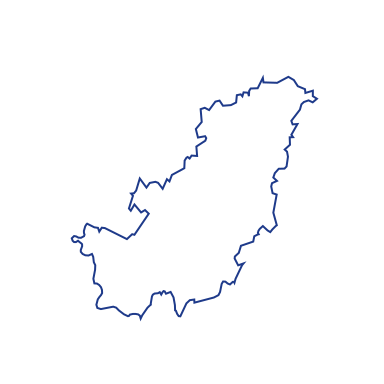 SVG path tracing the border of Liege, rotated 114°
{"feature_id": "BEL-3481", "entity_name": "Liege", "entity_type": "Province", "adm_level": 1, "iso_a3": "BEL", "parent_name": "Belgium", "parent_adm1": "", "projection": "natural_earth1", "projection_center": [5.813, 50.464], "detail": "fine", "context": "isolated", "style": "outline", "palette": "blue", "viewbox_px": 384, "rotation_deg": 114, "n_neighbors": 0, "source": "natural_earth", "source_scale": "10m", "svg_char_len": 2725}
<svg xmlns="http://www.w3.org/2000/svg" viewBox="0 0 384 384"><g transform="rotate(114 192 192)"><path d="M266.9,275.6L264.5,275.3L263.6,274.9L264.0,266.8L263.8,266.2L263.0,263.3L265.9,260.6L261.3,259.9L260.4,256.9L261.5,232.3L254.9,229.5L254.5,227.2L229.4,222.7L227.6,227.6L231.4,230.2L226.8,239.5L234.0,240.3L232.7,242.9L219.5,244.4L218.2,247.0L216.8,244.5L213.4,243.6L200.9,245.2L206.5,235.4L200.9,234.3L197.6,229.6L197.4,226.7L201.0,220.1L190.5,220.1L191.5,216.9L184.6,217.3L173.4,208.7L166.3,211.5L162.9,211.0L161.8,210.2L162.4,207.8L158.9,207.2L157.0,202.0L148.7,206.5L139.7,200.7L137.0,200.9L135.7,202.7L139.8,208.7L132.9,214.1L124.1,211.6L112.8,217.8L109.9,214.6L110.2,209.7L99.9,207.4L97.3,204.0L100.6,198.8L96.8,191.8L92.3,188.1L85.3,190.4L83.0,187.2L84.1,184.9L80.0,185.4L78.5,181.2L81.3,179.0L76.4,180.9L73.6,180.5L70.5,174.2L58.9,173.7L62.8,171.3L57.6,158.6L47.6,150.8L48.3,144.5L52.3,138.4L52.1,130.6L55.4,128.7L50.3,122.8L55.3,120.6L56.0,115.8L61.0,118.2L60.9,122.8L64.3,126.4L67.4,127.7L72.9,126.9L86.6,130.2L89.3,127.6L87.0,123.3L99.3,124.5L100.8,122.0L102.3,125.0L109.0,121.7L115.5,124.6L116.5,121.6L120.7,118.7L130.2,116.0L133.0,117.0L135.5,122.2L141.1,124.0L145.7,123.6L147.3,118.9L151.4,122.5L154.7,121.9L160.3,117.9L159.9,113.6L177.8,109.3L187.9,101.0L189.1,101.7L193.6,103.4L196.8,104.2L196.4,107.3L194.3,113.4L198.1,115.1L200.3,115.5L202.5,115.2L203.5,113.9L204.0,114.6L207.1,117.1L212.4,115.9L221.2,125.4L228.6,124.5L233.5,126.6L235.4,126.0L240.2,120.0L236.3,115.9L238.5,116.5L253.5,116.9L257.7,116.3L257.3,116.8L257.2,117.3L257.2,117.7L257.5,118.2L261.0,119.7L261.1,122.2L260.3,125.0L261.1,127.2L263.9,127.5L272.0,125.7L275.5,125.9L279.5,129.1L292.1,144.8L289.3,146.2L291.7,150.0L296.0,151.8L310.3,152.1L310.8,153.7L309.3,156.1L307.0,158.4L307.0,159.3L302.3,161.6L295.8,166.0L292.0,170.9L295.5,174.4L293.9,176.5L294.1,177.7L295.8,178.2L298.2,178.4L296.6,180.7L298.3,181.9L300.0,184.9L301.7,186.0L303.7,186.1L310.7,184.3L311.2,184.0L311.7,183.8L312.2,184.0L312.6,184.3L315.8,185.6L324.8,187.3L328.5,187.4L326.2,189.3L325.7,191.4L326.3,193.8L327.5,196.5L329.3,198.9L330.7,199.1L331.5,200.0L331.4,204.4L329.9,210.7L328.5,214.2L328.8,217.3L336.0,227.6L336.2,229.3L336.4,231.3L333.9,233.5L328.4,234.4L325.6,233.9L323.2,233.2L320.9,233.0L318.1,234.4L316.0,236.4L314.7,239.0L314.3,241.6L315.2,244.0L311.4,246.8L302.5,248.9L298.2,250.6L296.1,253.1L291.4,255.9L289.3,258.2L292.1,260.7L293.2,263.7L293.1,266.7L291.9,269.2L290.3,270.0L286.2,270.3L284.4,271.2L284.0,272.1L283.3,275.0L282.9,276.3L285.0,277.7L285.7,279.4L285.1,281.2L283.2,283.0L280.2,281.8L279.7,279.7L279.9,277.2L279.0,274.8L276.3,272.7L274.7,272.8L273.4,274.0L271.6,274.9L266.9,275.6Z" fill="none" stroke="#1e3a8a" stroke-width="2"/></g></svg>